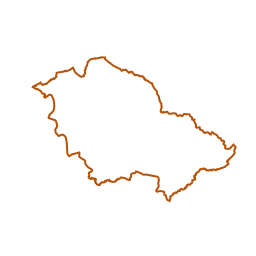 Dan Makham Tia, Kanchanaburi, Thailand (Albers equal-area conic projection), rotated 225°
{"feature_id": "78962969B50658242834592", "entity_name": "Dan Makham Tia", "entity_type": "district", "adm_level": 2, "iso_a3": "THA", "parent_name": "Thailand", "parent_adm1": "Kanchanaburi", "projection": "albers", "projection_center": [99.312, 13.84], "detail": "fine", "context": "isolated", "style": "outline", "palette": "amber", "viewbox_px": 256, "rotation_deg": 225, "n_neighbors": 0, "source": "geoboundaries", "source_scale": "gbopen_adm2", "svg_char_len": 5753}
<svg xmlns="http://www.w3.org/2000/svg" viewBox="0 0 256 256"><g transform="rotate(225 128 128)"><path d="M203.2,146.4L202.9,146.2L202.1,144.6L201.1,143.2L200.6,140.7L199.6,140.1L199.6,138.9L199.4,138.3L198.9,137.8L198.0,137.4L197.7,136.8L196.8,136.3L196.8,135.1L196.6,134.5L196.6,133.7L196.0,133.4L197.0,131.3L199.4,130.5L204.4,130.0L209.6,131.7L209.9,130.0L210.1,128.1L212.0,124.1L212.7,124.3L213.7,121.9L217.0,117.4L217.4,116.5L215.6,114.0L215.0,113.9L214.8,111.5L214.9,110.6L215.6,110.6L215.7,109.1L216.2,109.0L216.4,107.5L216.7,107.5L216.9,105.9L216.5,105.7L217.1,101.9L216.8,101.7L218.2,99.9L218.7,98.5L218.6,98.2L221.0,97.9L222.0,98.3L222.4,95.7L223.5,93.6L223.5,93.2L223.1,92.8L223.5,92.6L223.4,92.2L224.2,90.9L224.4,90.3L224.2,89.6L223.3,90.1L222.4,90.1L221.5,90.3L219.6,91.2L218.8,91.9L217.6,91.9L216.8,92.3L214.8,92.3L213.4,91.8L212.8,91.9L212.0,92.3L211.3,93.2L210.5,92.9L209.8,92.6L209.9,92.0L209.4,90.8L208.5,90.7L207.9,91.1L207.2,95.6L207.1,96.0L205.9,96.9L204.7,96.9L201.4,95.8L197.7,93.3L195.5,91.3L193.7,89.0L193.1,87.9L192.7,86.1L192.9,82.1L192.2,80.8L191.6,79.2L190.7,79.1L185.0,82.0L183.9,81.9L182.5,81.3L179.7,79.5L178.9,78.1L178.5,75.9L178.2,75.3L177.8,74.9L175.5,73.5L171.5,73.3L171.1,73.9L170.3,76.1L169.0,77.4L167.3,77.6L166.0,77.5L165.2,77.2L162.3,75.4L159.8,73.3L153.0,67.2L152.2,66.8L150.1,66.4L149.6,66.6L148.9,70.0L146.5,73.8L145.6,75.4L145.5,76.0L145.1,76.2L144.4,75.8L142.7,73.6L142.1,73.2L141.0,73.3L135.9,74.5L135.1,74.4L132.9,72.6L130.5,72.1L128.1,72.1L124.4,73.0L123.7,73.0L123.2,72.3L123.1,71.0L123.9,69.4L124.0,68.7L123.3,67.9L121.5,66.9L121.1,65.4L120.5,65.4L120.1,65.1L119.6,65.3L119.1,65.2L118.1,65.8L118.0,66.6L118.3,66.7L118.3,67.2L116.9,67.2L116.8,67.9L116.6,68.2L115.8,68.5L115.3,69.0L114.6,69.1L114.2,68.8L114.4,67.7L113.9,67.6L114.0,67.3L113.7,67.0L113.0,67.0L111.9,66.2L111.7,66.4L110.9,66.4L110.0,66.2L108.4,66.9L108.4,67.3L107.8,67.6L107.8,67.9L108.2,68.3L107.9,68.9L108.2,69.3L108.3,70.6L108.1,71.1L107.3,71.5L107.3,72.1L106.7,72.3L106.1,73.2L106.1,73.4L106.5,73.8L106.8,74.5L106.3,75.1L106.0,75.0L105.7,75.1L105.9,75.6L105.8,76.2L105.4,76.9L104.8,77.2L104.4,77.2L104.4,77.8L103.9,77.5L103.2,78.0L102.7,77.8L101.7,78.5L101.1,78.7L99.6,80.2L99.5,80.5L99.6,80.8L99.0,81.4L99.4,82.9L99.4,84.4L98.8,84.3L98.2,85.8L97.9,88.3L97.5,88.6L96.5,89.0L95.2,90.2L93.1,90.8L90.1,92.2L90.1,93.0L91.2,94.0L91.3,95.6L92.1,96.5L92.7,96.8L93.0,97.7L92.8,98.8L92.6,99.3L92.3,99.8L91.3,100.7L91.2,102.0L91.6,102.9L91.0,103.4L86.1,105.4L84.2,105.8L82.1,108.0L73.0,114.2L72.1,114.4L71.0,114.2L69.4,113.0L68.9,112.5L67.8,110.5L65.3,108.7L64.7,107.6L64.0,104.0L63.4,103.4L62.8,103.4L62.2,103.6L61.6,105.0L60.2,106.6L57.6,108.3L57.1,108.2L55.0,106.5L53.6,107.1L51.8,105.9L49.9,105.1L48.8,105.1L47.0,105.8L47.1,106.3L47.8,107.1L48.2,108.4L49.1,108.9L49.7,109.5L49.3,110.8L49.1,112.5L49.7,113.8L48.7,114.8L48.9,115.7L48.8,116.1L47.7,116.7L48.1,118.7L47.8,119.6L47.3,119.6L46.9,120.1L47.4,120.8L47.5,122.4L45.7,123.1L45.6,123.7L44.8,124.7L45.5,126.2L44.7,126.9L44.7,127.2L45.0,127.9L45.6,128.5L45.3,129.2L45.8,129.5L45.4,130.8L44.0,131.9L44.2,133.0L44.0,134.7L44.2,135.3L45.2,136.1L45.6,136.7L44.3,138.6L44.2,139.3L45.0,139.8L45.5,140.3L46.2,140.0L46.3,140.3L47.1,140.6L46.9,141.0L47.1,141.3L47.2,141.9L47.0,142.1L47.2,142.5L46.9,142.8L47.5,143.5L47.9,144.8L47.6,145.1L47.3,146.3L47.2,148.4L47.8,149.5L47.3,151.0L46.7,151.1L46.2,151.5L45.9,152.9L45.2,152.9L44.8,153.4L43.7,153.6L43.3,154.0L43.1,153.9L42.8,153.5L42.2,153.7L41.9,154.2L41.1,154.8L40.8,155.7L40.2,155.8L40.2,156.4L39.8,157.1L38.7,157.4L39.0,158.0L38.6,158.3L38.2,159.1L37.7,159.6L36.5,159.9L35.8,160.6L35.8,160.8L36.1,161.1L35.9,161.9L35.3,162.2L34.9,163.1L34.6,163.2L34.3,164.2L32.1,168.7L31.6,173.6L32.6,174.2L33.3,174.1L34.2,174.2L34.5,174.6L34.2,176.1L34.5,176.4L34.4,176.8L34.6,176.8L34.3,180.4L34.5,184.0L34.8,185.5L35.8,186.5L36.9,186.9L37.1,187.7L37.8,188.9L38.1,190.4L40.0,190.9L40.7,190.6L41.1,190.5L41.6,190.7L41.5,186.5L41.6,185.1L43.5,183.1L44.4,182.5L45.1,182.5L45.5,182.7L46.6,184.4L48.5,184.1L49.2,184.2L49.4,184.4L50.0,186.1L50.9,186.6L51.5,186.6L52.4,185.5L52.6,185.3L53.9,185.5L55.1,186.2L56.4,185.4L57.6,185.1L59.3,185.7L61.1,185.6L62.8,184.9L64.9,184.8L65.4,184.6L65.7,184.2L65.2,183.3L64.9,181.9L65.8,181.5L67.7,181.7L69.2,180.8L69.5,180.4L70.0,179.0L70.3,178.7L71.2,178.4L72.8,178.9L73.7,178.9L75.1,178.1L76.0,177.9L77.8,179.2L78.2,179.0L78.4,178.2L79.5,176.9L80.5,176.7L80.8,176.8L82.2,178.5L83.8,178.8L86.3,179.6L86.9,180.9L87.4,180.8L88.1,179.5L88.5,179.3L90.3,180.7L90.6,180.8L92.3,180.3L94.2,181.1L95.8,179.5L96.4,179.1L98.2,177.6L98.4,176.9L98.0,175.6L98.1,174.9L98.6,174.3L100.1,174.1L100.6,173.3L100.8,172.2L101.9,171.5L102.6,171.5L104.1,172.0L105.0,171.7L106.5,170.3L107.1,169.6L107.7,168.4L108.0,168.0L109.1,167.3L109.8,167.0L111.7,167.3L112.0,166.9L112.9,165.1L114.1,164.6L114.1,163.5L114.3,163.3L115.7,163.0L116.0,162.6L117.0,163.1L119.0,166.8L120.0,167.2L121.5,168.7L124.9,169.6L125.6,170.4L126.9,170.7L127.5,171.4L128.1,171.9L129.7,172.4L131.6,172.7L132.9,173.9L133.7,174.3L134.9,174.5L136.7,174.5L137.5,174.8L138.3,174.7L138.8,175.0L140.2,175.4L142.4,176.5L142.6,176.1L143.3,176.2L145.3,175.5L147.8,175.3L149.0,174.7L149.3,174.2L150.0,174.2L150.3,174.4L151.0,174.2L151.6,174.4L151.6,174.8L154.1,174.9L154.6,174.7L154.9,173.8L156.2,173.4L156.6,172.8L157.9,172.8L158.7,171.8L159.8,171.3L160.4,170.2L161.0,170.2L161.5,170.5L163.5,170.1L164.5,170.6L164.9,170.2L165.3,170.2L165.4,169.8L165.9,169.5L165.8,169.0L166.3,168.5L166.3,167.7L170.1,167.7L170.9,167.5L172.0,166.0L172.6,165.8L172.8,164.1L173.0,164.0L175.9,164.2L176.4,163.7L182.1,161.8L188.6,160.9L192.9,160.5L194.1,161.6L197.1,158.8L197.9,157.2L200.3,153.8L200.6,153.9L202.8,150.4L203.0,150.0L203.1,148.9L203.2,146.4Z" fill="none" stroke="#b45309" stroke-width="2"/></g></svg>